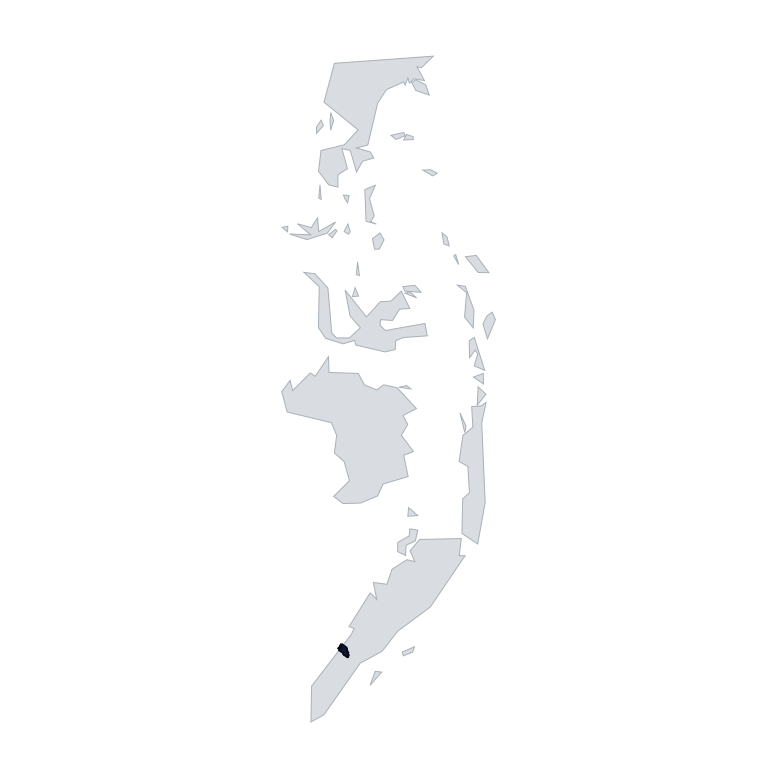 location of Asahan, Sumatera Utara, Indonesia, rotated 262°
{"feature_id": "22746128B26461090721788", "entity_name": "Asahan", "entity_type": "district", "adm_level": 2, "iso_a3": "IDN", "parent_name": "Indonesia", "parent_adm1": "Sumatera Utara", "projection": "orthographic", "projection_center": [99.752, 2.847], "detail": "fine", "context": "in_parent", "style": "filled", "palette": "ink", "viewbox_px": 768, "rotation_deg": 262, "n_neighbors": 0, "source": "geoboundaries", "source_scale": "gbopen_adm2", "svg_char_len": 6419}
<svg xmlns="http://www.w3.org/2000/svg" viewBox="0 0 768 768"><g transform="rotate(262 384 384)"><path d="M279.7,318.5L293.0,336.3L312.6,333.8L322.6,325.3L339.8,330.0L353.0,326.5L369.7,284.2L390.6,281.7L400.7,291.5L390.1,292.6L405.2,312.5L401.2,317.0L418.8,332.8L403.1,331.2L398.0,360.0L386.0,364.4L379.1,375.9L383.2,383.7L378.5,396.4L355.2,412.7L350.2,398.5L340.7,401.9L330.8,394.1L313.0,403.7L310.7,393.6L289.0,395.0L285.1,369.2L274.1,362.1L269.4,344.3L271.3,326.7L279.7,318.5ZM59.5,264.6L94.9,270.3L140.5,316.7L146.1,320.4L148.6,315.6L179.1,341.3L171.7,346.9L188.9,345.8L185.3,359.0L199.4,366.1L206.8,382.2L203.8,389.9L215.2,386.6L225.1,397.6L220.2,439.0L203.4,434.6L202.7,440.4L156.7,398.8L137.2,363.0L119.6,344.9L110.9,321.6L64.8,278.5L59.5,264.6ZM708.5,379.5L701.8,478.4L692.0,465.0L693.7,460.8L678.9,466.2L682.1,456.2L678.5,451.3L679.9,450.5L682.2,450.8L683.6,450.2L677.1,446.6L680.3,445.3L675.3,427.6L663.2,416.9L622.9,401.2L621.6,389.6L615.6,402.7L609.3,405.3L607.6,393.7L597.7,386.3L620.0,383.1L623.0,375.0L602.3,377.8L597.6,367.5L585.4,365.8L588.9,357.0L603.7,348.8L624.0,354.1L626.4,378.0L639.2,393.8L671.4,363.8L708.5,379.5ZM502.8,330.9L486.9,341.8L441.8,339.3L436.3,343.4L434.4,356.1L443.0,368.4L456.1,359.9L482.4,358.6L452.8,376.0L465.9,391.5L465.1,402.4L473.5,414.0L455.2,420.0L455.9,409.8L445.7,401.3L448.2,389.5L442.6,388.3L436.8,392.7L438.2,433.0L425.7,433.5L427.3,409.5L425.2,401.6L416.6,399.9L415.6,389.6L426.4,361.6L431.2,360.9L429.5,349.0L437.3,332.6L449.0,326.9L489.4,333.4L505.7,320.2L502.8,330.9ZM225.2,440.4L259.3,445.9L264.4,453.5L290.6,455.6L296.9,447.6L322.2,455.0L328.9,466.0L349.5,467.7L348.8,477.0L351.5,482.5L332.2,475.4L252.6,467.7L212.5,454.5L225.2,440.4ZM541.9,332.2L554.7,320.7L549.0,333.7L557.7,341.4L544.0,340.5L551.2,358.6L541.3,348.9L537.7,327.8L545.7,311.3L541.9,332.2ZM547.7,388.9L579.2,392.1L582.0,403.1L569.5,395.4L551.7,397.7L546.7,393.4L543.4,398.7L547.7,388.9ZM469.4,478.1L444.5,483.4L427.2,480.2L439.0,473.1L462.9,478.5L471.7,470.4L469.4,478.1ZM398.1,472.4L414.9,474.4L417.6,479.9L383.5,485.6L389.4,475.9L400.8,481.1L404.8,479.0L398.1,472.4ZM498.7,482.4L498.5,493.3L479.6,503.4L481.3,492.9L498.7,482.4ZM225.2,375.6L230.0,387.8L236.9,389.4L234.6,397.1L224.4,393.3L221.2,383.5L211.2,381.4L216.2,374.2L225.2,375.6ZM674.6,466.9L663.9,469.0L670.2,456.4L678.6,453.4L680.8,457.9L674.6,466.9ZM429.6,490.3L437.0,495.4L440.1,501.1L432.3,503.3L414.4,492.8L429.6,490.3ZM529.4,392.8L534.2,401.0L526.7,404.1L518.3,398.2L518.8,393.4L529.4,392.8ZM350.1,473.4L368.1,476.8L359.7,483.5L350.1,473.4ZM378.4,473.6L380.7,483.8L370.1,482.5L378.4,473.6ZM258.2,391.2L249.0,399.1L249.8,389.2L258.2,391.2ZM629.3,425.5L630.3,438.6L626.9,439.4L624.5,429.9L629.3,425.5ZM344.9,455.2L330.8,459.4L324.9,457.2L344.9,455.2ZM477.8,416.4L477.4,428.3L469.6,433.5L473.1,417.5L477.8,416.4ZM87.6,328.3L100.7,335.3L99.0,341.6L87.6,328.3ZM119.6,377.6L114.5,375.0L112.1,365.2L116.1,364.9L119.6,377.6ZM585.3,465.9L583.3,461.2L590.4,452.3L589.6,460.1L585.3,465.9ZM577.2,345.3L590.0,348.3L575.5,347.5L577.2,345.3ZM496.1,371.8L508.5,374.8L494.8,374.8L496.1,371.8ZM471.7,422.3L464.7,428.3L471.0,417.5L471.7,422.3ZM641.7,352.1L648.1,353.0L654.0,358.4L648.3,359.9L641.7,352.1ZM525.6,462.5L520.9,466.9L511.7,467.7L514.4,462.7L525.6,462.5ZM628.0,441.0L624.9,447.2L622.0,447.1L622.9,437.3L628.0,441.0ZM547.4,370.5L539.4,371.8L537.2,369.7L540.6,365.7L547.4,370.5ZM642.7,366.5L651.7,367.1L660.2,369.0L652.0,370.8L642.7,366.5ZM474.9,364.9L483.4,368.8L474.6,371.1L474.9,364.9ZM553.6,310.7L548.1,309.7L553.2,305.0L553.6,310.7ZM491.8,474.6L501.2,470.9L502.2,473.0L491.8,474.6ZM576.8,370.1L575.4,375.7L568.6,373.1L572.1,371.3L576.8,370.1ZM379.3,406.1L375.4,409.9L378.7,398.3L379.3,406.1ZM539.6,350.1L543.9,357.5L542.2,358.7L536.0,353.0L539.6,350.1Z" fill="#d9dde1" stroke="#a8b0b8" stroke-width="1"/><path d="M132.3,306.4L132.3,306.2L132.3,305.9L132.3,305.7L132.3,305.4L132.4,305.2L132.4,304.9L132.2,304.8L132.2,305.0L132.1,304.9L131.9,304.9L131.7,304.8L131.7,304.7L131.4,304.5L131.2,304.3L131.1,304.2L131.0,303.9L130.9,303.9L130.9,303.7L130.7,303.6L130.4,303.7L130.2,303.5L130.1,303.4L129.9,303.3L129.9,303.2L129.7,303.1L129.6,302.9L129.5,302.7L129.5,302.8L129.4,302.7L129.2,302.4L129.0,302.2L128.8,301.8L128.8,301.7L128.7,301.6L128.5,301.8L128.2,302.1L128.0,302.3L127.8,302.5L127.1,302.6L127.0,302.4L126.9,302.4L126.7,302.2L126.2,302.5L126.3,302.7L126.5,302.6L126.5,303.0L126.4,303.0L126.3,303.3L126.3,303.5L126.2,303.5L125.9,303.6L125.7,303.7L125.7,303.8L125.6,303.6L125.7,303.4L125.9,303.4L125.9,303.1L125.7,303.1L125.5,303.5L125.4,303.6L125.2,303.8L125.1,304.0L124.9,304.0L124.7,304.2L124.7,304.3L124.8,304.4L124.8,304.5L124.7,304.5L124.4,304.8L124.2,304.9L124.1,305.1L123.9,305.3L123.7,305.3L123.4,305.5L123.2,305.5L123.0,305.8L122.9,306.0L122.7,306.0L122.6,305.9L122.4,305.8L122.1,305.9L121.9,306.1L121.7,306.1L121.4,306.3L121.2,306.3L121.2,306.5L121.1,306.8L121.0,307.0L120.9,307.0L120.6,307.2L120.5,307.3L120.4,307.4L120.4,307.5L120.2,307.8L120.0,308.0L119.8,308.0L119.7,308.1L119.6,308.3L119.4,308.5L119.2,308.6L119.1,308.9L119.0,309.0L118.9,309.1L118.7,309.2L118.5,309.3L118.4,309.5L118.3,309.8L118.3,310.1L118.3,310.4L118.5,310.6L118.7,310.8L118.9,310.7L118.9,310.8L119.1,310.8L119.3,310.8L119.5,310.8L119.9,311.0L119.9,311.3L120.0,311.4L120.3,311.4L120.4,311.5L120.5,311.3L120.7,311.2L120.8,311.2L120.9,311.3L121.0,311.3L121.1,311.2L121.4,311.1L121.5,311.0L121.6,310.9L121.8,310.8L121.8,310.7L121.9,311.0L121.9,310.9L121.9,311.0L122.0,311.0L122.0,310.9L122.4,310.9L122.5,311.0L122.5,310.9L122.8,310.8L123.0,310.9L123.2,310.7L123.4,310.5L123.5,310.5L123.7,310.4L123.6,310.5L123.5,310.8L123.4,310.9L123.5,311.0L123.6,310.9L123.8,310.8L124.0,310.6L124.0,310.4L124.2,310.6L124.0,310.8L123.9,310.9L124.1,311.0L124.3,311.1L124.5,310.9L124.6,310.7L124.8,310.6L125.0,310.5L125.4,310.5L125.5,310.3L125.7,310.2L125.7,310.3L125.8,310.4L125.9,310.6L126.0,310.6L126.3,310.6L126.5,310.7L127.0,310.7L127.4,310.5L127.6,310.6L127.8,310.5L128.1,310.4L128.3,310.2L128.5,310.0L128.5,309.9L128.7,310.0L128.8,309.8L129.8,309.0L129.8,308.9L130.4,308.3L130.5,308.2L131.3,307.4L131.9,306.8L132.3,306.4L132.3,306.4ZM129.5,303.9L129.7,304.3L129.5,304.7L129.7,304.8L129.9,304.8L130.0,304.9L130.0,305.0L129.9,305.3L129.7,305.4L129.4,305.3L129.2,305.4L128.7,305.1L128.7,304.9L128.8,304.9L128.7,304.8L128.8,304.8L128.8,304.7L129.1,304.7L128.9,304.1L129.3,304.1L129.3,303.9L129.5,303.9Z" fill="#0f172a" stroke="#020617" stroke-width="1.5"/></g></svg>